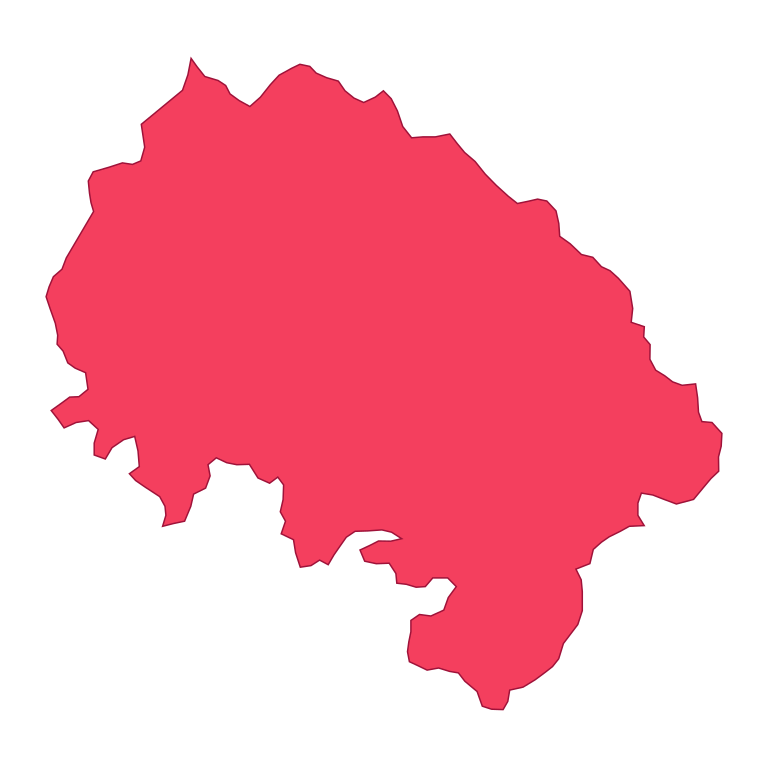 Tomar do Geru, Sergipe, Brazil
{"feature_id": "56859067B43639455387772", "entity_name": "Tomar do Geru", "entity_type": "district", "adm_level": 2, "iso_a3": "BRA", "parent_name": "Brazil", "parent_adm1": "Sergipe", "projection": "albers", "projection_center": [-37.876, -11.378], "detail": "fine", "context": "isolated", "style": "filled", "palette": "rose", "viewbox_px": 768, "rotation_deg": 0, "n_neighbors": 0, "source": "geoboundaries", "source_scale": "gbopen_adm2", "svg_char_len": 2696}
<svg xmlns="http://www.w3.org/2000/svg" viewBox="0 0 768 768"><path d="M718.7,471.2L718.5,456.9L721.2,446.2L721.9,433.4L712.0,422.5L701.9,421.6L698.5,412.2L697.6,397.7L695.6,383.9L682.1,385.3L672.5,381.8L664.9,375.9L655.7,370.2L649.9,359.3L650.1,344.6L643.7,337.0L644.3,326.7L631.2,322.3L632.7,308.5L629.9,291.3L618.3,278.2L610.0,270.7L601.4,266.7L592.8,257.3L581.4,254.5L570.2,243.8L559.7,236.3L558.8,223.5L556.0,210.9L546.8,201.0L537.6,199.1L528.5,201.2L517.4,203.5L508.2,196.2L496.3,185.4L485.2,174.1L475.1,161.5L464.6,152.5L457.3,143.7L449.8,134.0L435.2,136.9L422.7,136.9L411.6,137.8L402.7,126.5L397.4,110.9L391.2,98.7L383.4,90.8L375.3,97.1L363.7,102.5L354.0,98.1L345.0,90.8L338.3,81.1L326.6,77.7L316.2,73.1L309.8,66.4L299.9,64.3L291.6,68.3L279.1,75.2L270.5,84.5L260.4,97.2L249.9,106.5L239.2,100.6L230.0,93.9L225.7,85.5L218.1,80.5L204.8,76.5L197.1,66.8L191.1,58.4L187.9,74.8L182.5,90.3L141.3,124.3L144.7,147.2L140.8,160.9L132.5,164.4L122.4,162.9L109.1,167.2L93.2,171.8L88.3,181.0L89.5,193.2L91.0,202.6L93.6,211.5L66.3,257.9L62.0,269.2L53.4,276.7L49.1,286.8L46.1,296.7L50.0,308.3L55.3,323.2L57.7,335.3L57.1,344.2L63.1,351.1L67.8,362.9L75.1,368.1L85.6,372.7L88.0,389.3L78.9,396.7L69.7,397.1L61.7,403.0L51.2,410.5L58.3,419.6L64.1,427.9L76.1,422.5L88.6,420.6L98.2,429.4L94.2,443.1L94.2,455.0L105.3,459.0L112.0,447.7L123.6,439.7L134.7,436.4L138.0,450.9L139.3,466.6L129.4,473.7L135.6,480.5L145.3,487.2L159.7,496.6L165.0,506.3L165.9,515.3L162.6,526.3L173.6,523.5L184.6,521.2L190.8,506.3L193.6,494.1L205.6,488.1L210.1,475.9L208.0,464.7L216.3,457.8L226.7,462.7L236.8,464.7L249.4,464.3L258.0,478.0L269.6,483.2L277.8,477.1L283.6,484.9L283.1,499.6L280.3,511.8L285.5,521.2L281.2,533.8L293.5,539.7L295.6,552.8L300.3,567.2L311.0,565.6L319.6,560.1L328.2,564.7L334.0,554.8L340.1,546.0L346.3,537.2L355.1,531.3L367.7,530.9L381.9,529.9L391.6,532.2L401.7,538.7L390.7,541.2L378.5,541.0L369.9,545.4L360.0,550.0L364.7,561.2L376.3,563.7L389.2,563.2L395.9,573.5L396.8,583.2L406.4,584.3L416.1,587.2L425.3,586.6L432.8,577.9L447.7,577.9L456.3,586.6L448.3,597.5L443.8,610.1L430.9,616.0L419.5,614.5L410.9,620.4L410.9,631.7L408.8,642.0L407.5,651.7L409.4,661.7L418.0,665.7L427.1,670.1L438.6,668.0L449.6,671.4L458.4,672.9L464.9,681.3L477.1,691.5L482.3,706.2L491.5,709.2L503.1,709.6L507.8,701.4L509.7,690.1L523.1,687.1L535.1,679.8L545.6,672.0L552.5,666.6L558.7,658.8L563.4,643.5L571.6,632.7L577.8,624.5L582.3,610.7L582.3,601.0L582.3,591.6L581.2,579.8L575.9,569.1L589.9,563.6L593.3,549.4L601.4,542.2L609.2,536.8L620.3,531.3L629.3,526.3L644.2,525.6L637.9,515.3L637.9,503.1L641.4,493.1L652.8,495.0L663.3,499.1L676.4,504.0L693.6,499.4L703.2,487.8L711.0,478.5L718.7,471.2Z" fill="#f43f5e" stroke="#9f1239" stroke-width="1.5"/></svg>